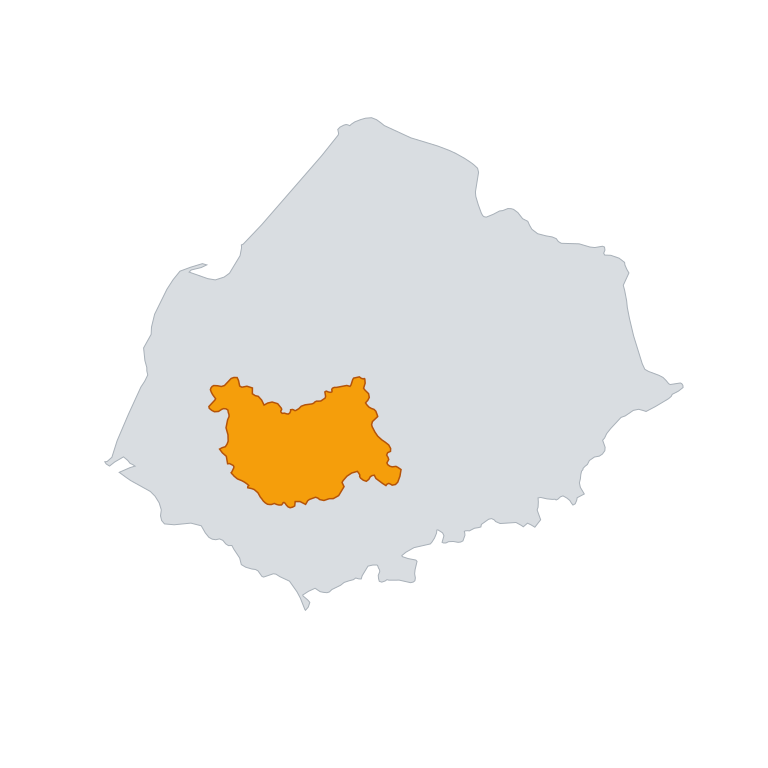 Poland, with Greater Poland highlighted, rotated 311°
{"feature_id": "POL-3144", "entity_name": "Greater Poland", "entity_type": "Voivodeship", "adm_level": 1, "iso_a3": "POL", "parent_name": "Poland", "parent_adm1": "", "projection": "albers", "projection_center": [17.345, 52.331], "detail": "fine", "context": "in_parent", "style": "filled", "palette": "amber", "viewbox_px": 768, "rotation_deg": 311, "n_neighbors": 0, "source": "natural_earth", "source_scale": "10m", "svg_char_len": 6425}
<svg xmlns="http://www.w3.org/2000/svg" viewBox="0 0 768 768"><g transform="rotate(311 384 384)"><path d="M602.1,409.1L605.3,414.4L606.7,418.6L605.9,422.1L606.5,425.5L617.8,439.3L622.5,449.6L625.3,453.6L631.3,458.5L632.0,460.6L630.0,462.9L626.8,464.0L626.1,466.0L629.9,470.7L633.2,478.9L633.6,485.8L631.9,487.7L629.8,492.1L628.5,496.0L615.5,499.8L612.6,504.1L606.0,512.5L601.4,517.4L594.6,526.1L584.0,540.9L568.7,565.6L566.2,571.2L567.1,575.6L570.9,585.7L572.0,590.3L571.7,594.7L571.0,598.6L571.3,600.3L579.2,607.0L579.6,608.4L579.1,610.4L577.6,612.0L571.8,610.9L565.3,608.3L563.1,608.9L559.6,608.4L545.0,603.6L535.2,599.8L534.0,596.9L532.0,592.8L527.7,589.5L518.2,587.0L514.3,584.8L499.1,584.3L492.6,584.6L488.0,585.9L485.0,585.9L481.3,592.4L478.6,594.4L474.4,594.8L470.8,593.8L466.9,590.7L461.0,589.2L456.7,590.3L453.6,589.7L450.9,589.6L449.9,590.3L447.8,590.3L444.7,592.0L441.3,594.4L437.6,596.3L434.8,600.0L432.4,607.3L424.9,604.4L422.5,605.8L419.0,606.9L416.6,606.0L417.1,603.5L418.0,600.7L417.9,596.8L417.0,592.5L414.7,591.2L411.2,590.8L409.4,590.0L409.2,588.6L407.4,586.8L404.2,582.3L401.2,576.7L399.1,575.0L396.3,577.8L392.1,581.1L389.4,582.2L384.3,591.3L374.9,591.8L374.2,587.6L373.1,583.6L367.6,582.8L367.4,580.4L366.1,574.5L354.9,563.2L353.4,558.4L353.8,556.5L353.0,553.5L350.6,551.7L341.9,549.6L339.7,550.9L337.7,549.6L334.5,546.9L329.0,544.7L328.4,543.6L326.4,541.6L325.3,541.4L324.6,542.6L323.0,544.3L317.4,546.5L315.1,545.6L313.1,543.8L310.7,539.7L307.4,536.2L304.6,535.0L303.0,533.1L302.6,531.7L308.8,528.8L310.1,525.8L309.3,520.4L308.4,519.7L305.9,521.5L300.8,523.2L296.1,523.9L293.7,523.9L280.2,514.0L271.4,510.9L266.3,510.0L265.7,511.0L268.0,516.6L272.0,523.5L271.8,525.3L264.2,529.3L260.9,531.6L258.2,534.9L255.8,536.4L253.7,536.0L251.5,534.4L246.0,524.2L239.1,516.3L238.3,514.6L236.1,514.1L233.0,512.3L232.0,509.9L233.6,507.5L235.8,505.2L239.6,503.9L240.8,502.6L241.5,500.6L242.9,498.1L242.5,497.1L239.9,494.2L236.0,491.4L225.0,493.3L221.9,494.7L220.3,492.7L219.0,489.9L216.3,489.3L212.5,486.7L208.1,484.1L203.7,483.3L194.7,479.5L191.2,479.2L189.1,477.9L187.1,475.1L185.4,472.1L184.6,466.0L178.0,463.0L171.4,461.1L170.9,462.0L171.0,468.1L170.5,471.3L166.0,473.2L161.7,473.2L161.9,472.2L167.5,461.4L170.1,454.6L173.2,442.0L170.3,431.9L169.6,427.2L168.2,425.0L159.3,419.8L158.7,418.1L160.3,411.5L159.7,408.7L157.7,405.7L155.0,399.8L154.1,394.8L158.0,389.2L160.8,379.1L162.3,375.1L160.0,372.7L159.5,369.5L160.3,365.0L159.2,361.5L156.1,359.2L154.2,356.2L153.4,352.5L154.4,346.8L157.1,339.1L152.3,329.5L140.1,318.0L134.4,310.1L135.1,305.7L137.9,301.8L142.9,298.5L146.8,292.3L149.1,284.9L149.6,278.2L144.9,256.1L144.3,250.5L143.6,242.1L154.3,247.2L158.7,250.0L158.3,247.0L157.5,244.5L158.2,240.8L158.1,235.2L148.4,231.9L142.0,230.7L141.4,226.8L142.1,224.3L143.9,225.9L150.2,226.7L166.1,219.8L193.4,211.0L222.3,202.5L229.0,201.6L235.8,199.8L238.3,196.4L240.8,194.2L244.8,188.2L253.5,178.9L268.7,175.7L274.4,171.2L286.2,165.1L313.1,158.0L324.3,156.4L335.3,156.0L345.2,161.4L355.7,168.0L357.6,172.1L351.9,169.6L343.6,163.7L340.6,163.5L347.9,181.9L351.9,188.4L359.8,193.2L366.3,194.7L386.4,191.2L393.4,187.1L395.4,185.1L397.3,186.0L423.7,187.2L515.4,187.2L541.8,186.1L543.3,185.4L545.8,182.1L549.1,182.3L553.1,183.9L555.0,185.2L555.9,186.8L556.5,188.7L558.7,188.9L562.7,190.0L568.2,192.9L572.5,195.7L576.8,199.9L578.6,205.0L579.1,210.8L579.2,214.6L587.4,242.8L598.8,268.3L603.3,280.6L605.2,287.3L607.2,297.0L608.1,303.8L608.4,307.7L608.2,313.1L605.8,316.5L588.9,327.0L585.8,330.2L581.1,337.6L576.9,345.2L575.9,347.8L575.8,349.5L577.0,351.7L583.7,355.1L590.4,357.7L592.7,359.8L597.7,362.4L599.7,364.9L600.8,367.2L601.2,372.6L599.7,380.2L601.1,385.8L599.3,389.7L597.8,394.0L598.2,401.3L602.1,409.1Z" fill="#d9dde1" stroke="#a8b0b8" stroke-width="1"/><path d="M373.2,360.7L373.4,363.2L374.4,365.2L375.1,365.4L375.2,366.2L372.3,369.2L367.4,371.4L366.9,373.7L366.6,378.7L364.2,381.7L360.9,382.5L359.2,382.4L357.6,382.5L357.0,385.0L356.7,387.8L357.3,390.6L358.3,393.1L358.1,395.7L355.8,399.9L355.3,400.6L348.1,399.9L345.2,401.3L344.0,403.1L341.8,408.6L340.5,413.5L340.4,418.9L340.9,423.2L341.1,427.5L339.7,431.3L337.4,433.1L334.6,431.8L332.1,432.6L331.3,435.1L330.1,437.1L326.4,437.9L325.6,439.7L325.8,442.3L326.8,444.5L329.7,447.1L330.2,449.3L330.6,453.0L324.9,456.5L318.9,458.8L315.7,458.6L313.0,456.5L312.7,454.5L312.1,452.8L310.4,452.0L308.6,452.1L308.0,448.1L307.4,439.9L308.8,436.5L306.9,435.0L305.0,434.5L302.0,435.1L299.0,434.5L297.8,431.5L297.6,428.1L298.2,426.3L299.4,425.5L300.1,423.6L300.6,421.2L295.6,418.0L290.1,416.5L284.3,416.5L282.2,416.9L280.3,421.2L270.0,423.0L264.2,420.9L261.5,417.9L256.7,415.1L254.6,411.3L254.5,408.7L253.6,406.6L248.0,403.5L246.0,403.0L241.7,403.8L240.2,397.8L237.0,394.1L233.4,396.6L231.1,395.8L229.0,394.3L228.3,392.1L228.6,389.4L229.1,387.8L229.0,386.2L228.2,385.7L227.4,386.0L225.5,386.0L223.8,384.2L222.7,382.1L221.9,379.6L219.2,378.1L217.9,376.6L216.8,374.9L216.4,372.3L216.5,369.6L217.1,367.3L217.3,366.1L217.5,364.9L219.2,360.2L219.2,355.3L218.3,352.9L216.3,349.2L217.3,348.5L218.7,348.5L218.7,346.1L218.4,343.1L217.8,340.3L216.2,335.6L216.1,331.1L216.4,329.4L216.5,327.6L216.8,326.8L217.6,326.9L222.2,325.6L223.1,325.0L223.6,323.7L222.7,319.8L221.2,318.3L226.0,312.4L226.0,307.2L227.0,302.6L229.7,303.6L232.6,305.4L235.6,305.0L238.6,303.9L243.3,299.6L247.3,293.5L254.3,289.5L257.8,288.4L259.2,287.1L260.4,285.1L261.9,283.3L261.6,281.0L260.1,279.0L258.3,278.1L254.7,277.1L251.8,274.2L251.1,271.3L251.0,268.1L252.1,266.6L260.9,266.9L262.4,266.6L263.6,261.5L264.6,258.9L265.8,256.7L267.5,256.0L269.4,255.9L271.1,256.5L273.4,259.4L275.4,262.9L278.2,264.6L287.9,265.0L290.4,266.4L292.5,268.9L291.2,271.9L287.8,276.4L288.3,278.8L292.4,282.0L294.7,287.3L290.3,291.0L290.7,294.4L292.2,297.2L291.6,302.2L289.4,307.3L293.3,308.7L297.0,311.4L299.4,316.7L298.4,322.3L297.8,323.4L297.0,323.7L296.1,323.7L295.3,324.3L295.0,326.4L296.7,328.0L297.5,329.9L298.5,331.5L300.5,331.9L302.4,331.2L303.3,330.4L304.8,331.7L305.2,332.8L305.4,334.1L305.8,334.6L306.4,334.9L309.5,335.9L312.9,336.1L316.5,338.1L321.6,342.6L323.3,343.5L325.1,343.6L326.8,344.3L328.2,346.0L329.8,347.5L334.8,348.8L336.4,348.0L339.2,344.6L340.2,344.8L340.9,345.3L341.3,346.8L341.9,348.1L342.9,349.4L344.0,349.8L344.8,349.3L345.2,348.4L346.1,348.0L347.1,347.9L348.8,348.7L350.3,350.4L358.5,356.9L359.9,359.9L361.7,359.7L366.8,357.5L368.5,357.2L373.2,360.7Z" fill="#f59e0b" stroke="#b45309" stroke-width="1.5"/></g></svg>